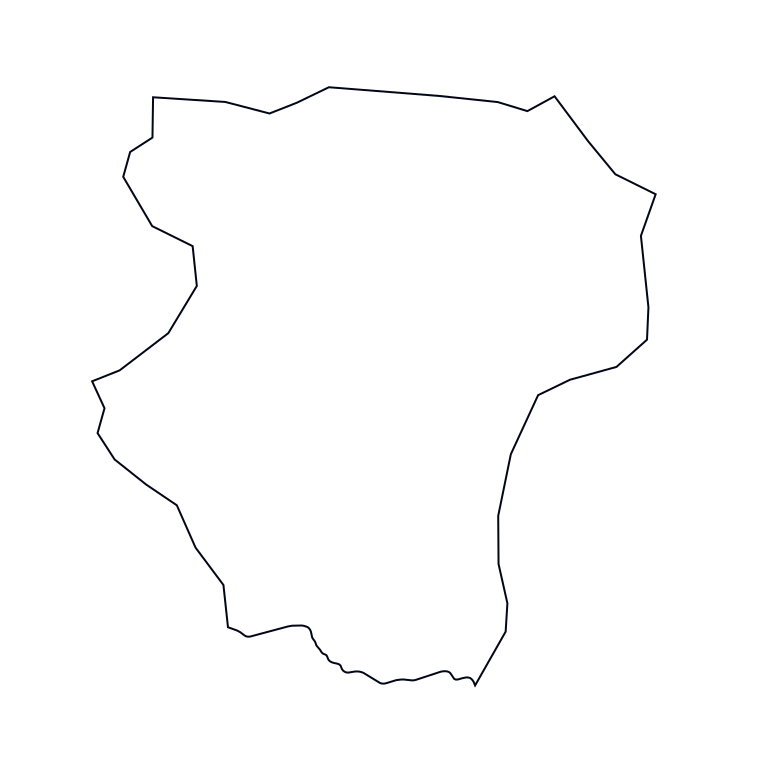 an SVG outline of Haute Matsiatra, rotated 264°
{"feature_id": "MDG-5873", "entity_name": "Haute Matsiatra", "entity_type": "Autonomous Province", "adm_level": 1, "iso_a3": "MDG", "parent_name": "Madagascar", "parent_adm1": "", "projection": "natural_earth1", "projection_center": [46.02, -21.511], "detail": "fine", "context": "isolated", "style": "outline", "palette": "ink", "viewbox_px": 768, "rotation_deg": 264, "n_neighbors": 0, "source": "natural_earth", "source_scale": "10m", "svg_char_len": 1502}
<svg xmlns="http://www.w3.org/2000/svg" viewBox="0 0 768 768"><g transform="rotate(264 384 384)"><path d="M153.0,483.8L125.0,479.1L74.7,443.1L78.4,442.0L80.0,441.2L81.4,440.2L82.6,438.9L83.3,437.1L83.6,435.2L83.2,431.0L82.5,427.2L82.4,425.9L82.6,424.4L83.4,423.0L89.6,419.7L90.8,418.4L91.6,416.7L92.0,414.6L92.1,412.4L91.9,410.1L86.5,385.1L86.2,383.0L86.3,380.9L88.1,372.5L88.3,370.1L88.2,365.2L86.2,354.9L86.0,352.7L86.3,350.6L87.0,348.9L99.0,333.2L99.8,331.5L100.5,329.6L100.9,327.4L101.1,325.1L100.7,318.4L101.1,316.3L102.0,314.7L103.2,313.4L104.8,312.4L108.4,311.4L109.7,310.3L110.6,308.7L111.9,304.8L112.7,303.0L113.7,301.5L115.0,300.3L116.6,299.6L118.5,299.1L120.3,298.4L121.3,296.9L122.2,295.2L123.5,294.0L126.7,292.4L130.9,289.5L134.6,288.6L136.2,287.8L137.7,286.9L139.3,286.1L145.5,285.4L147.3,284.8L148.9,283.9L150.1,282.7L151.0,281.0L151.8,279.2L152.4,277.1L153.2,267.6L152.9,263.0L146.8,224.5L146.9,222.3L147.5,220.4L148.5,219.0L152.1,215.2L154.2,212.1L158.4,203.4L200.9,203.3L240.9,179.5L285.0,165.3L309.0,136.8L337.1,108.2L365.1,94.0L389.1,103.5L417.2,94.0L425.2,122.5L457.1,174.8L501.1,208.1L541.1,208.1L565.2,170.0L617.3,146.3L641.3,155.8L653.3,179.5L693.3,184.3L681.1,255.6L665.0,298.4L672.9,326.9L684.9,360.2L664.6,469.5L652.5,526.6L640.4,555.1L652.3,583.7L604.4,612.2L568.4,636.0L544.3,674.0L504.5,655.0L472.5,655.0L432.6,655.0L400.6,650.2L376.7,617.0L368.8,569.4L356.8,536.1L300.9,502.8L240.9,483.8L193.0,479.1L153.0,483.8Z" fill="none" stroke="#020617" stroke-width="2"/></g></svg>